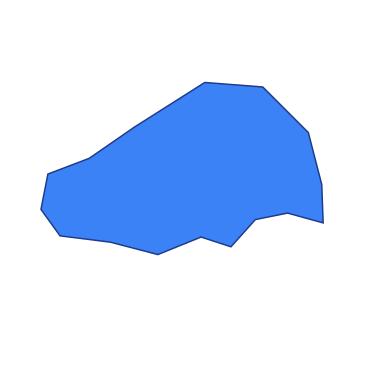 the district of Öckerö, Sweden, rotated 225°
{"feature_id": "70781695B5566617801013", "entity_name": "Öckerö", "entity_type": "district", "adm_level": 2, "iso_a3": "SWE", "parent_name": "Sweden", "parent_adm1": "", "projection": "equal_earth", "projection_center": [11.661, 57.718], "detail": "fine", "context": "isolated", "style": "filled", "palette": "blue", "viewbox_px": 384, "rotation_deg": 225, "n_neighbors": 0, "source": "geoboundaries", "source_scale": "gbopen_adm2", "svg_char_len": 371}
<svg xmlns="http://www.w3.org/2000/svg" viewBox="0 0 384 384"><g transform="rotate(225 192 192)"><path d="M306.6,102.8L286.5,72.9L254.3,67.7L214.1,98.9L171.9,123.6L153.8,166.5L125.7,180.8L127.7,217.3L109.6,244.6L77.4,262.9L105.5,289.0L151.8,316.3L216.2,316.3L260.4,278.5L278.5,197.8L288.5,143.1L306.6,102.8Z" fill="#3b82f6" stroke="#1e3a8a" stroke-width="1.5"/></g></svg>